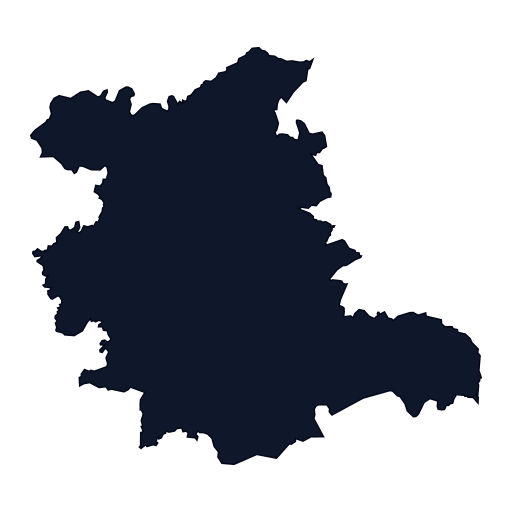 the district of Jalostotitlán, Jalisco, Mexico
{"feature_id": "50627088B48437195320512", "entity_name": "Jalostotitlán", "entity_type": "district", "adm_level": 2, "iso_a3": "MEX", "parent_name": "Mexico", "parent_adm1": "Jalisco", "projection": "albers", "projection_center": [-102.485, 21.201], "detail": "fine", "context": "isolated", "style": "filled", "palette": "ink", "viewbox_px": 512, "rotation_deg": 0, "n_neighbors": 0, "source": "geoboundaries", "source_scale": "gbopen_adm2", "svg_char_len": 5937}
<svg xmlns="http://www.w3.org/2000/svg" viewBox="0 0 512 512"><path d="M478.0,403.1L478.2,397.1L476.5,394.9L477.8,395.0L478.6,385.0L477.7,383.2L479.6,380.9L479.7,378.9L481.3,377.7L478.9,370.5L480.1,355.7L477.6,352.6L478.3,349.1L471.8,342.5L470.2,338.7L465.3,334.1L457.9,332.3L457.4,329.6L453.3,328.8L452.1,326.7L444.8,326.7L441.6,323.7L441.3,319.8L426.1,316.2L425.7,312.9L418.0,315.2L413.2,312.5L409.7,312.7L397.9,316.3L393.4,320.5L391.6,318.9L388.0,318.1L384.5,311.9L379.6,314.4L378.9,312.4L377.9,312.3L377.3,313.6L378.2,315.9L376.4,316.4L375.0,318.3L373.5,318.2L369.2,316.3L364.2,310.7L359.1,309.6L354.9,313.5L353.0,317.9L350.7,315.9L343.6,316.8L344.3,311.2L343.5,310.4L344.3,309.3L343.6,307.5L340.3,305.9L338.9,306.2L340.5,299.4L347.1,283.9L345.1,284.2L342.4,282.9L341.9,281.2L339.3,280.6L332.4,279.9L330.6,280.8L329.6,278.9L337.1,269.7L342.8,265.6L346.3,265.4L355.1,259.7L360.7,257.4L361.4,255.9L359.7,255.8L359.0,252.9L355.6,252.4L354.9,250.4L349.0,248.4L344.4,240.9L342.2,239.7L324.4,245.8L326.1,244.6L325.6,241.3L326.7,241.2L328.6,236.5L330.4,235.2L330.3,232.3L331.8,230.5L332.3,227.2L333.8,227.3L334.5,225.8L331.0,226.0L330.7,224.6L325.8,221.7L322.4,222.2L320.9,221.1L316.6,221.0L316.6,219.8L314.2,219.6L313.1,217.9L313.4,216.6L309.6,213.2L298.7,209.0L301.7,207.3L308.3,208.2L311.5,205.1L316.2,205.7L319.8,201.3L327.0,197.6L330.7,196.9L331.1,193.6L329.7,191.7L329.2,187.5L326.9,184.1L325.8,177.8L323.2,175.2L322.0,165.7L318.1,164.5L310.8,154.1L315.6,155.3L316.6,152.5L319.6,152.5L322.8,148.0L323.9,148.2L326.5,146.5L324.6,135.6L322.1,132.1L312.4,134.2L309.1,133.3L304.5,123.9L300.8,120.9L297.4,120.1L296.6,120.4L296.5,122.6L299.8,132.7L298.2,140.1L294.6,139.6L292.6,137.5L289.9,137.3L287.6,134.8L282.3,134.0L279.4,134.3L276.7,136.7L275.0,132.4L276.8,129.7L278.4,123.3L275.0,112.7L274.2,112.5L274.0,109.7L276.8,109.5L277.2,104.2L278.8,99.7L281.2,97.0L286.4,102.5L293.4,92.0L302.7,82.2L306.0,80.6L307.8,69.0L309.6,68.5L312.9,59.4L309.8,61.7L306.1,60.5L303.8,62.0L299.5,62.2L292.1,60.9L286.6,61.4L280.7,58.7L278.1,58.6L274.7,56.2L269.1,55.7L267.4,53.0L264.8,51.0L261.8,50.5L258.9,47.7L252.2,48.3L249.1,51.8L246.9,52.8L245.6,55.4L238.8,58.7L237.7,62.8L226.8,67.6L227.0,69.5L225.9,71.7L218.7,73.2L216.4,77.5L211.3,81.4L205.6,80.8L203.5,82.6L203.2,84.5L201.4,84.8L200.5,87.5L195.3,89.7L191.1,95.1L187.8,96.4L186.7,100.8L185.1,101.3L182.7,100.2L182.4,103.4L179.7,101.3L177.7,104.2L173.5,96.5L171.9,95.8L169.2,96.6L167.5,101.3L169.1,106.4L168.8,109.8L167.2,111.1L161.6,108.5L160.1,104.1L152.9,103.6L149.6,104.2L141.9,107.9L134.9,114.9L132.9,115.6L131.1,115.0L129.3,111.7L131.1,104.5L129.5,99.2L130.6,96.7L133.8,95.6L134.3,93.8L131.8,89.0L128.1,87.1L126.0,87.1L119.5,90.7L115.2,101.1L112.5,102.7L105.3,99.8L104.8,97.4L107.3,92.3L107.0,89.9L103.6,91.2L100.5,96.1L97.8,97.0L88.4,90.8L80.3,92.3L70.8,98.5L59.2,95.7L54.1,98.3L50.8,103.5L50.0,107.5L51.5,113.8L49.4,119.1L47.3,119.8L45.8,122.3L35.0,130.2L30.7,135.4L31.7,138.2L36.8,140.1L42.0,147.9L42.5,152.4L40.5,156.9L53.4,156.5L61.7,163.7L64.9,168.5L67.1,169.5L71.8,169.7L74.3,173.4L76.3,172.2L79.2,165.9L82.8,166.2L91.2,169.7L100.0,169.9L104.9,165.5L107.1,167.2L108.2,173.2L106.8,177.5L107.4,179.2L103.2,179.3L102.7,183.2L100.1,186.1L95.7,185.4L94.3,191.7L98.7,194.6L99.8,196.9L99.2,198.1L101.8,199.3L104.2,202.9L103.5,204.4L104.0,206.8L102.6,208.0L102.2,211.6L99.0,217.2L99.8,218.1L98.2,222.1L96.1,221.8L93.3,226.9L92.0,225.4L87.8,226.9L83.8,225.8L81.1,231.5L78.8,232.9L77.2,232.0L79.7,227.5L78.7,221.6L75.9,222.3L74.7,227.5L70.6,230.2L68.5,229.7L67.5,226.8L65.1,226.8L60.8,233.7L56.4,237.6L56.9,242.5L53.8,243.7L52.1,246.2L48.3,245.9L47.5,250.0L44.4,250.6L44.1,251.6L40.8,251.2L37.6,248.8L35.2,251.2L33.1,251.5L32.7,253.3L34.8,256.6L40.9,255.8L41.7,256.5L40.6,258.4L37.2,260.4L37.1,261.6L43.2,265.6L44.0,269.9L42.5,272.6L42.8,274.5L45.6,276.0L48.1,275.6L45.8,279.0L45.5,284.0L43.1,285.1L44.5,286.9L51.2,287.8L50.1,290.1L47.9,290.8L48.0,294.3L50.9,298.6L52.3,299.1L57.4,296.0L59.4,296.2L61.9,300.5L61.7,304.1L59.6,304.5L60.8,306.8L57.6,307.9L59.1,310.2L57.3,311.7L57.8,313.7L55.2,316.1L55.1,318.4L57.2,320.8L55.4,323.3L56.8,327.1L55.9,330.3L56.7,331.3L62.7,332.8L64.8,334.9L74.3,335.6L82.4,330.8L87.2,322.3L90.6,318.4L91.3,321.4L93.8,320.6L95.6,321.8L98.8,320.3L102.3,321.3L102.0,322.7L99.0,324.6L98.4,326.8L102.4,326.8L103.5,330.3L107.2,330.7L108.3,334.7L111.2,339.3L107.8,342.3L104.7,340.1L102.1,340.7L100.1,343.9L100.6,344.8L104.5,345.0L99.8,350.1L100.2,351.9L102.3,352.4L104.9,348.6L106.6,348.9L108.8,352.0L106.0,357.9L107.7,363.6L106.8,366.7L94.1,371.3L91.0,370.3L89.2,371.4L84.5,369.5L81.3,374.1L81.4,376.6L79.3,377.5L79.7,385.9L84.0,383.6L89.7,382.6L99.1,387.5L105.9,386.7L108.2,390.0L111.3,389.1L124.0,391.8L128.2,389.6L130.4,387.1L144.9,392.4L140.5,399.8L140.2,404.0L140.2,409.9L141.4,410.1L143.3,413.6L141.3,420.5L142.6,425.9L141.2,426.5L142.9,430.2L142.0,432.6L140.7,432.6L140.6,445.7L139.4,447.0L141.0,448.4L145.5,444.9L147.1,446.5L153.3,444.7L156.1,445.5L157.7,443.0L157.2,442.4L156.2,443.2L155.7,442.1L157.0,438.8L158.4,437.1L158.9,438.9L161.3,437.9L163.2,434.0L165.6,433.1L165.9,431.1L169.1,432.1L174.6,431.0L176.6,428.7L181.8,427.8L183.0,431.7L186.1,431.2L188.2,432.7L187.3,437.0L195.3,437.8L196.9,440.1L197.9,436.6L195.8,434.3L197.8,430.8L199.7,432.6L203.4,432.6L207.7,434.1L212.0,438.3L214.2,446.5L218.5,451.9L217.9,457.0L221.9,463.3L234.1,464.3L256.8,454.4L276.5,458.2L289.2,443.9L291.3,444.2L295.4,441.5L295.5,438.5L303.0,441.1L310.9,436.8L323.5,436.7L313.8,418.6L314.8,414.8L314.2,409.1L316.2,405.8L318.4,404.8L326.8,404.8L329.6,408.7L329.3,411.8L331.9,415.0L363.1,398.1L389.8,390.6L392.6,391.0L397.4,395.8L400.0,396.5L405.1,403.9L407.3,410.9L413.4,416.7L415.8,416.5L418.3,414.3L424.2,402.3L430.0,398.6L437.7,401.0L437.3,406.6L438.2,409.3L441.9,409.8L444.5,409.4L446.2,405.5L448.8,405.3L449.8,403.8L452.7,403.2L453.7,399.3L456.4,394.6L464.2,395.3L464.9,396.3L467.2,396.1L467.9,397.2L473.2,397.5L478.0,403.1Z" fill="#0f172a" stroke="#020617" stroke-width="1.5"/></svg>